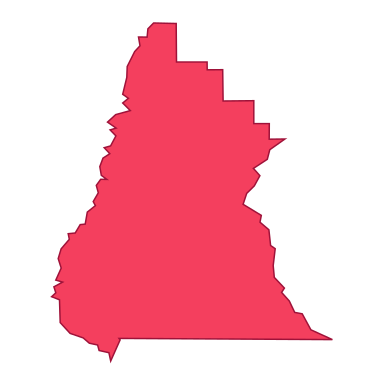 Liberty, Florida, United States of America (orthographic projection)
{"feature_id": "52423323B55850003369586", "entity_name": "Liberty", "entity_type": "district", "adm_level": 2, "iso_a3": "USA", "parent_name": "United States of America", "parent_adm1": "Florida", "projection": "orthographic", "projection_center": [-84.918, 30.289], "detail": "fine", "context": "isolated", "style": "filled", "palette": "rose", "viewbox_px": 384, "rotation_deg": 0, "n_neighbors": 0, "source": "geoboundaries", "source_scale": "gbopen_adm2", "svg_char_len": 1135}
<svg xmlns="http://www.w3.org/2000/svg" viewBox="0 0 384 384"><path d="M284.9,139.0L269.2,139.2L269.3,123.6L253.8,123.6L253.8,100.7L223.1,101.0L222.7,69.7L207.2,69.8L207.1,62.0L176.5,62.0L176.2,23.5L153.6,23.0L147.9,28.8L147.1,37.1L138.5,37.0L140.0,45.8L134.7,51.5L127.2,66.5L126.8,77.4L122.7,94.3L128.4,98.3L122.7,103.0L130.3,110.6L115.7,114.6L107.5,122.1L116.1,128.1L110.1,129.9L115.9,135.9L110.6,145.9L104.2,147.7L109.8,153.7L103.0,158.1L99.8,166.6L101.3,175.3L106.8,179.4L100.7,179.3L96.3,185.4L98.3,192.8L93.2,201.6L95.4,205.6L87.3,212.1L85.2,224.1L80.2,224.6L75.2,233.0L68.2,233.7L69.3,239.3L61.1,248.9L58.2,258.6L61.2,268.1L55.8,280.1L62.6,282.1L53.9,286.8L55.8,292.8L51.6,296.7L59.5,299.8L60.2,322.6L70.1,333.4L83.2,337.9L89.3,343.2L97.6,345.0L99.1,350.5L108.9,352.7L110.7,361.0L120.1,339.9L119.0,338.4L332.4,339.6L310.9,329.8L302.2,313.8L294.7,312.4L289.3,301.0L281.6,292.4L284.4,288.1L274.3,277.4L273.2,265.6L275.2,248.7L270.6,245.5L268.9,229.8L260.0,222.2L261.3,215.4L243.1,204.3L246.7,193.4L254.3,185.9L259.9,175.7L253.4,168.4L267.3,159.3L269.8,149.7L284.9,139.0Z" fill="#f43f5e" stroke="#9f1239" stroke-width="1.5"/></svg>